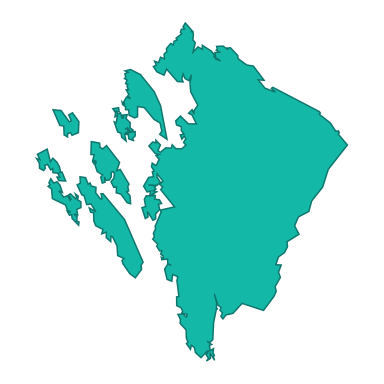 the district of Fitjar nor, Hordaland, Norway
{"feature_id": "86288312B29955336638723", "entity_name": "Fitjar nor", "entity_type": "district", "adm_level": 2, "iso_a3": "NOR", "parent_name": "Norway", "parent_adm1": "Hordaland", "projection": "orthographic", "projection_center": [5.282, 59.896], "detail": "fine", "context": "isolated", "style": "filled", "palette": "teal", "viewbox_px": 384, "rotation_deg": 0, "n_neighbors": 0, "source": "geoboundaries", "source_scale": "gbopen_adm2", "svg_char_len": 5927}
<svg xmlns="http://www.w3.org/2000/svg" viewBox="0 0 384 384"><path d="M347.4,145.0L338.3,134.2L339.3,132.7L338.4,130.9L335.7,131.1L330.4,123.0L319.3,114.3L320.3,113.0L319.3,111.6L272.8,87.3L271.4,88.4L275.4,92.1L265.0,88.2L258.1,79.8L264.1,80.3L253.3,66.0L246.7,65.0L238.0,58.6L237.8,55.6L230.5,47.8L226.5,48.1L228.2,49.8L223.1,46.1L216.6,46.4L217.3,49.1L216.2,50.1L219.4,52.1L214.9,52.6L215.6,56.4L214.5,56.8L220.5,61.0L215.9,59.1L214.4,57.1L213.9,54.3L211.2,51.0L202.3,45.3L202.3,49.3L198.0,46.9L193.0,52.1L195.3,42.7L192.9,39.8L193.4,33.2L190.9,30.9L193.4,32.2L185.3,23.0L183.0,26.9L184.5,28.9L181.3,29.3L180.4,32.3L181.8,33.7L176.1,38.2L177.1,39.9L174.0,41.3L173.3,44.9L170.8,43.4L166.4,48.6L166.8,51.6L164.1,54.0L164.4,58.9L160.5,57.2L158.6,62.7L154.6,61.2L156.3,65.3L153.4,66.5L156.8,71.8L164.0,75.2L166.6,69.1L177.4,81.5L183.1,81.9L181.8,79.1L183.1,74.0L185.1,78.6L189.0,80.7L191.5,74.7L190.0,83.1L190.7,91.8L197.8,105.3L194.0,110.6L194.1,114.2L192.1,109.7L188.6,113.3L192.0,114.9L196.4,123.9L188.5,123.9L180.4,116.1L175.7,120.9L176.6,125.0L181.3,126.7L181.3,130.5L183.9,134.2L180.3,134.8L181.9,139.2L184.2,136.3L185.9,138.6L183.5,142.4L185.9,145.1L181.7,148.9L175.8,148.6L172.2,144.8L171.3,148.2L165.8,147.8L160.3,152.4L158.0,150.6L160.4,144.9L155.9,140.3L156.0,142.8L152.6,142.0L148.9,146.0L155.3,153.6L159.1,154.5L156.0,155.7L159.2,159.2L156.1,165.6L152.2,163.1L151.5,166.7L154.1,170.9L152.3,171.8L153.5,176.7L148.7,177.4L143.6,186.2L147.1,192.0L150.6,191.1L149.7,195.6L152.5,195.5L152.7,195.9L146.2,195.8L144.3,199.4L145.7,206.5L141.9,207.7L145.3,218.5L148.0,217.0L147.4,211.5L153.0,220.3L155.7,218.8L155.6,213.8L159.7,209.5L158.5,204.2L161.6,203.5L159.4,199.8L154.7,199.1L155.4,195.7L152.4,194.2L156.7,191.8L153.2,190.7L156.0,189.0L154.6,187.5L155.8,186.0L148.3,184.8L156.8,185.5L160.3,182.2L157.0,176.9L157.2,173.9L163.0,181.1L159.5,184.2L162.7,187.0L160.7,189.7L174.6,206.9L160.4,210.1L161.1,212.1L155.1,226.4L155.6,228.7L153.4,233.3L154.4,236.9L152.7,239.1L157.8,244.3L156.7,246.2L159.6,250.9L161.8,250.8L160.7,254.1L163.4,256.2L163.1,258.8L161.4,257.4L161.8,259.7L167.6,259.1L167.7,263.5L171.4,265.4L167.8,264.1L164.6,269.1L167.1,279.4L171.8,281.2L172.7,274.4L177.8,276.8L176.9,280.4L178.9,296.5L176.6,296.9L176.7,305.6L181.0,307.7L182.6,311.0L181.8,313.1L187.2,314.3L186.3,317.0L182.9,313.9L178.0,314.4L180.4,319.4L180.1,323.4L186.1,329.9L186.4,338.4L188.1,342.3L186.4,343.6L190.5,349.3L191.3,345.3L194.3,347.4L195.5,352.6L201.0,357.6L207.6,350.8L208.9,350.8L206.1,354.6L208.5,358.3L206.5,361.0L210.5,358.3L209.9,352.7L214.6,360.3L213.3,356.7L214.4,355.3L213.1,353.2L213.5,348.7L210.2,350.6L209.4,345.3L211.6,344.5L207.0,341.3L209.9,342.4L212.8,339.6L213.6,322.7L216.5,308.5L217.9,309.2L216.4,308.0L216.7,303.0L214.3,293.7L217.9,305.1L221.2,307.5L219.9,310.2L222.5,312.8L220.9,316.3L222.9,318.9L226.0,314.9L232.9,313.4L242.1,303.4L263.5,310.4L274.1,296.2L276.2,291.3L275.1,286.6L280.4,277.4L278.5,272.2L281.2,265.0L275.8,264.7L278.5,256.9L284.4,252.6L287.5,246.8L287.0,241.7L299.0,234.3L294.6,225.8L298.4,216.9L308.8,211.5L311.7,200.9L322.6,187.2L328.3,169.3L347.4,145.0ZM85.6,177.6L80.0,176.8L80.3,183.2L77.1,184.9L81.8,194.8L84.0,195.6L86.7,204.6L91.0,203.9L95.9,211.7L89.3,208.0L90.6,212.2L93.6,212.7L93.9,221.3L95.8,225.8L103.0,229.5L101.7,233.8L106.4,232.2L106.2,237.6L110.7,241.6L111.0,236.2L112.5,236.8L117.0,245.7L117.7,255.6L124.0,258.5L122.0,260.5L123.0,263.8L129.8,273.7L135.3,277.8L141.6,269.3L141.0,265.4L143.1,262.2L124.5,219.5L103.0,193.7L101.0,193.8L102.0,198.3L100.9,199.4L95.7,192.9L96.0,187.3L91.3,186.0L90.0,182.9L88.2,184.3L85.6,177.6ZM130.4,69.5L125.1,70.9L128.2,72.3L124.9,73.7L125.7,77.4L124.5,78.6L127.0,79.9L125.6,83.7L127.8,84.4L127.0,86.4L128.5,89.7L126.2,89.8L128.8,94.4L127.7,96.0L130.6,98.6L126.5,97.1L123.8,101.7L124.8,104.8L122.1,102.0L122.5,104.4L125.6,106.9L125.5,109.6L128.7,109.9L129.1,115.2L134.7,117.9L137.5,116.7L137.6,106.5L144.3,107.6L154.0,119.4L160.1,123.0L161.8,131.2L159.7,134.3L167.0,139.3L160.5,105.5L154.2,91.7L140.4,74.5L130.4,69.5ZM99.6,143.1L91.3,141.6L90.9,154.6L94.2,154.6L92.5,161.3L94.0,163.8L95.3,163.5L94.2,160.5L95.9,161.2L96.1,162.8L94.9,164.6L97.2,171.5L102.7,175.1L100.7,177.2L102.3,183.1L105.0,182.2L104.5,176.9L105.9,180.3L109.4,180.0L111.3,176.8L111.3,172.5L113.0,171.6L114.5,173.7L113.8,178.3L111.0,181.7L113.8,187.4L116.5,186.8L116.2,192.8L121.0,194.2L127.1,202.7L130.6,203.8L130.0,195.8L126.6,191.7L128.7,190.9L127.7,186.7L129.0,184.2L120.2,169.4L116.7,170.8L119.6,162.5L106.5,145.6L102.8,148.9L100.0,147.4L99.6,143.1ZM50.8,178.8L48.9,182.8L50.1,184.6L48.1,186.4L51.5,188.8L52.4,198.6L65.6,205.0L67.3,209.9L70.8,212.4L67.3,211.3L69.4,215.2L71.7,214.7L72.1,218.5L78.6,225.2L79.0,222.0L76.7,220.9L77.1,216.6L73.8,214.1L77.7,215.0L76.7,209.4L81.0,207.6L80.8,201.7L77.6,199.8L78.3,196.2L75.3,193.9L76.7,197.5L75.7,198.7L70.4,193.8L68.7,195.0L71.1,199.2L70.2,200.4L67.3,195.7L63.9,197.3L58.8,190.8L62.4,192.4L59.9,185.1L57.0,181.7L53.8,183.1L50.8,178.8ZM61.1,110.5L53.1,109.8L59.8,125.4L63.8,126.0L64.1,134.9L67.6,136.9L67.6,133.7L70.5,132.7L72.0,135.3L78.4,132.7L78.9,121.7L72.5,112.8L68.7,114.9L71.3,120.9L69.2,121.8L61.1,110.5ZM118.6,107.7L112.8,108.7L115.6,112.7L115.0,116.8L117.5,115.3L116.2,122.7L114.2,121.9L117.7,132.0L121.0,133.3L121.7,137.3L126.1,141.0L124.6,134.0L127.6,134.6L126.0,132.7L128.1,132.1L128.0,129.8L125.8,128.9L127.4,127.8L130.0,131.1L128.1,133.0L128.8,138.9L134.1,140.8L132.2,139.0L135.2,135.9L135.1,131.5L131.0,132.2L133.1,130.1L130.1,127.9L130.1,122.6L126.0,118.5L127.2,114.6L122.6,115.1L123.6,117.4L122.3,118.2L120.4,112.8L118.0,113.9L116.3,111.3L119.1,111.5L118.6,107.7ZM47.2,149.1L37.4,154.3L40.0,159.7L36.6,158.5L39.4,163.2L39.5,168.2L43.7,170.6L45.4,168.2L44.6,165.6L47.4,164.3L50.8,169.9L52.8,168.7L52.9,172.6L57.8,173.2L59.7,177.2L57.0,177.1L58.8,180.6L65.7,181.0L62.0,172.0L59.4,172.8L60.4,171.3L59.5,167.0L56.9,162.2L52.8,158.2L50.4,161.7L47.2,149.1Z" fill="#14b8a6" stroke="#0f766e" stroke-width="1.5"/></svg>